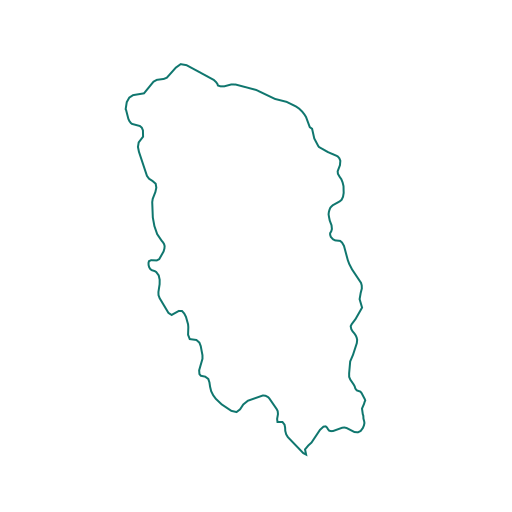 an SVG outline of Meuse, rotated 165°
{"feature_id": "FRA-5326", "entity_name": "Meuse", "entity_type": "Metropolitan department", "adm_level": 1, "iso_a3": "FRA", "parent_name": "France", "parent_adm1": "", "projection": "orthographic", "projection_center": [5.366, 49.01], "detail": "fine", "context": "isolated", "style": "outline", "palette": "teal", "viewbox_px": 512, "rotation_deg": 165, "n_neighbors": 0, "source": "natural_earth", "source_scale": "10m", "svg_char_len": 2857}
<svg xmlns="http://www.w3.org/2000/svg" viewBox="0 0 512 512"><g transform="rotate(165 256 256)"><path d="M259.0,51.2L261.4,53.4L272.1,72.8L273.0,75.9L273.0,79.5L272.3,82.7L272.1,85.7L273.4,88.8L278.2,90.1L277.8,93.1L275.7,97.6L275.2,100.5L275.6,102.6L280.0,115.0L280.8,116.5L282.9,118.5L285.4,119.5L301.3,118.3L306.7,115.9L311.1,112.0L315.2,110.3L319.9,112.8L327.6,121.6L331.8,128.5L333.4,132.6L334.3,137.0L334.2,141.6L333.7,145.9L333.9,149.6L336.3,152.6L340.3,154.6L341.2,156.6L340.5,160.3L334.3,170.6L333.4,174.0L332.7,183.3L333.1,187.0L335.3,190.3L341.5,192.9L342.0,197.5L339.8,204.8L339.3,207.6L339.4,215.3L340.2,219.0L341.7,222.0L344.8,222.9L352.8,220.9L355.3,223.7L360.0,240.2L360.3,243.4L359.6,246.4L356.4,253.7L355.2,258.0L355.0,262.4L356.5,266.3L357.7,267.6L360.5,269.4L361.6,271.0L362.1,272.9L362.1,275.1L361.6,277.2L360.7,278.7L358.4,279.1L353.0,277.4L350.3,278.0L344.1,284.3L342.5,287.0L341.7,289.2L341.7,291.3L342.3,293.3L343.2,295.2L345.8,302.7L346.4,311.2L345.7,319.9L342.3,334.9L341.0,337.9L336.6,343.9L334.6,347.8L334.2,351.8L336.5,355.2L339.3,358.3L340.6,361.6L342.1,386.9L341.8,391.9L339.9,396.1L334.2,400.5L332.7,406.6L333.1,409.5L334.5,411.6L341.6,415.7L342.5,416.9L343.4,419.2L343.8,421.6L343.7,430.5L343.9,431.6L341.0,438.1L337.4,441.8L333.1,443.2L322.1,442.1L309.9,450.9L306.2,451.8L299.2,450.9L296.0,451.3L284.7,458.7L279.1,460.8L273.7,458.3L251.2,437.0L249.5,434.2L248.7,432.0L248.7,431.0L248.6,430.5L246.4,429.1L242.8,428.1L235.5,428.1L231.3,426.9L212.8,416.3L197.0,402.8L186.6,397.0L178.7,390.1L176.2,387.2L174.0,383.5L172.6,380.2L171.7,377.3L170.7,366.5L168.9,364.4L169.3,354.4L167.4,346.1L166.9,344.9L159.6,337.7L152.2,331.9L151.2,330.9L150.2,328.8L149.9,326.1L151.4,322.0L155.2,316.7L155.6,314.2L154.7,310.8L153.7,308.1L153.3,304.6L153.4,300.8L155.0,294.2L156.6,290.7L158.8,288.1L161.0,287.1L168.6,285.2L170.5,284.2L171.7,283.4L173.0,281.7L174.2,279.7L175.1,277.5L175.4,274.6L175.6,271.1L175.1,266.1L175.7,262.4L176.9,260.4L177.7,259.6L178.1,259.3L178.5,258.8L178.9,257.3L178.8,255.1L177.3,252.2L175.5,250.6L170.8,248.8L169.4,246.7L168.4,243.0L168.4,228.3L168.0,224.2L166.7,218.2L161.5,202.8L161.5,200.1L162.2,197.2L164.4,193.3L167.1,187.5L166.9,178.7L176.1,169.4L181.2,165.4L182.7,163.7L182.9,160.7L182.2,158.2L181.0,155.7L180.2,153.3L179.9,151.1L180.0,148.8L181.2,145.7L187.9,135.4L192.3,129.8L196.4,118.6L197.3,115.1L196.9,112.2L194.9,106.5L194.4,104.4L194.4,102.8L194.1,101.5L193.3,100.0L190.3,98.0L189.5,96.3L188.0,89.7L187.9,88.7L187.9,88.1L188.7,87.2L190.0,85.1L193.1,81.2L193.8,75.6L193.7,73.9L194.3,71.1L194.3,69.7L194.3,68.3L194.5,66.6L195.6,64.4L197.3,62.2L200.2,59.9L203.2,59.3L206.5,60.5L213.0,66.4L215.1,67.5L217.3,67.8L226.8,67.0L228.8,67.4L230.5,68.3L231.3,70.0L231.8,71.9L232.8,73.4L235.0,73.7L239.2,71.5L250.7,61.4L254.4,59.5L258.7,56.5L259.0,51.2Z" fill="none" stroke="#0f766e" stroke-width="2"/></g></svg>